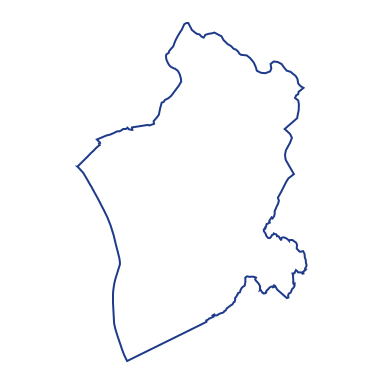 Moldova Noua, Caras-Severin, Romania
{"feature_id": "2599482B11325322412339", "entity_name": "Moldova Noua", "entity_type": "district", "adm_level": 2, "iso_a3": "ROU", "parent_name": "Romania", "parent_adm1": "Caras-Severin", "projection": "albers", "projection_center": [21.687, 44.747], "detail": "fine", "context": "isolated", "style": "outline", "palette": "blue", "viewbox_px": 384, "rotation_deg": 0, "n_neighbors": 0, "source": "geoboundaries", "source_scale": "gbopen_adm2", "svg_char_len": 5154}
<svg xmlns="http://www.w3.org/2000/svg" viewBox="0 0 384 384"><path d="M294.6,285.6L294.6,283.5L293.6,284.0L293.2,283.0L293.2,281.7L293.4,280.7L293.2,279.5L293.2,278.2L293.1,277.0L293.0,275.8L293.1,275.5L292.5,273.6L292.9,273.6L293.3,273.3L293.8,273.2L294.4,273.2L295.9,270.1L296.8,270.8L297.1,271.0L297.7,271.8L298.0,272.3L299.1,272.4L299.7,272.4L301.1,272.4L301.6,272.5L302.5,273.7L303.5,273.5L303.2,271.6L304.9,270.5L305.9,269.4L305.0,268.9L306.0,266.8L306.3,266.2L306.5,265.4L306.6,265.1L306.2,263.8L305.9,262.4L305.8,261.1L305.7,259.7L304.8,257.5L304.8,256.5L304.7,255.6L304.6,254.7L304.4,253.7L304.3,253.3L303.0,251.1L300.9,251.7L299.5,251.6L298.5,250.4L296.7,248.6L296.8,246.8L297.1,244.8L296.5,243.6L296.2,242.7L294.3,241.4L293.3,240.7L292.6,240.1L291.5,240.0L290.6,240.0L289.1,240.1L289.1,240.6L289.1,240.8L288.2,239.8L287.1,238.9L285.9,238.1L283.6,237.3L283.1,237.4L281.8,237.7L281.1,238.3L281.2,239.0L281.4,240.4L280.8,239.6L279.7,238.2L279.3,237.4L279.0,236.7L278.0,236.2L277.7,236.2L277.0,236.2L277.0,235.8L276.8,235.4L276.4,234.5L276.2,234.4L274.8,234.0L273.8,233.4L273.3,234.4L271.8,235.3L271.0,237.0L270.0,237.8L269.9,238.0L269.3,238.1L267.8,237.7L266.7,236.3L266.1,235.5L265.7,233.9L264.8,232.5L264.0,231.4L263.8,230.3L263.8,229.4L264.9,229.0L265.4,228.4L265.1,227.3L265.9,226.9L266.3,225.7L266.4,224.4L266.7,224.0L267.6,223.8L268.7,223.0L269.8,222.6L269.2,221.0L271.6,217.4L272.6,218.4L274.2,216.0L274.7,213.8L274.7,210.9L275.6,209.1L276.7,206.4L278.0,203.9L278.9,200.8L277.9,197.7L281.2,191.8L286.3,181.7L288.4,178.4L293.9,174.1L286.4,161.1L285.6,159.5L285.0,155.0L285.9,150.3L290.0,142.8L291.9,137.9L290.1,134.0L284.7,129.0L297.2,118.1L297.5,116.1L297.9,114.0L298.3,112.0L298.7,110.1L298.9,104.4L298.2,100.4L295.0,98.0L296.2,95.3L298.2,94.2L298.6,91.8L301.5,89.5L303.5,87.9L300.6,86.2L298.2,83.5L297.5,79.1L295.8,76.1L290.5,71.8L286.6,70.6L285.3,69.0L284.0,67.4L282.8,65.8L281.7,64.1L277.7,62.0L273.7,61.5L270.6,64.0L271.3,68.6L270.1,71.4L265.3,73.2L261.0,72.8L256.8,70.7L256.3,68.8L255.7,66.9L254.9,65.1L254.1,63.3L253.6,62.3L250.1,58.1L246.7,55.4L241.0,54.8L239.4,53.7L238.8,52.6L238.0,51.5L237.1,50.6L236.1,49.7L233.5,48.7L231.1,46.1L227.6,44.1L223.5,40.0L221.5,36.3L214.4,32.6L213.0,33.0L211.6,33.4L210.1,33.6L208.6,33.8L205.4,34.8L203.7,37.6L201.6,36.7L199.5,34.4L197.2,34.0L195.8,33.1L194.5,32.1L193.2,31.0L191.9,30.0L188.3,23.0L186.2,23.1L184.2,24.3L181.8,29.7L180.2,32.0L178.7,34.5L177.3,36.9L176.0,39.4L175.2,41.1L174.5,42.8L173.9,44.6L173.3,46.3L169.4,50.7L168.6,53.0L166.6,54.2L165.9,55.8L166.4,59.6L167.1,61.2L167.9,62.9L168.8,64.5L169.9,66.0L171.0,66.9L172.3,67.6L173.6,68.2L175.0,68.7L177.8,70.8L179.7,74.2L180.9,78.5L181.2,81.6L178.8,85.7L171.3,95.7L168.6,98.1L164.9,100.0L163.6,102.0L161.7,102.6L160.9,105.6L160.1,108.5L159.5,111.5L158.9,114.6L157.7,116.3L156.4,118.0L155.0,119.6L153.6,121.2L154.1,123.8L149.2,125.5L148.0,124.9L132.0,127.4L132.3,129.9L131.4,129.8L130.5,129.6L129.6,129.4L128.7,129.2L127.5,127.7L126.7,128.4L125.9,129.0L123.1,129.0L122.4,129.6L121.6,130.1L120.9,130.6L120.0,131.0L119.2,131.3L117.2,131.3L113.0,133.4L112.8,133.5L112.1,133.7L110.9,134.3L110.1,134.6L109.8,134.7L106.7,135.4L98.3,138.9L96.9,139.5L99.6,142.3L99.8,142.3L100.1,143.0L99.0,143.7L99.7,145.1L99.0,145.5L97.1,147.1L95.3,148.8L94.2,150.1L90.9,153.1L88.0,156.2L77.5,166.6L77.4,166.6L78.3,167.4L83.2,172.8L87.6,180.2L90.5,185.4L90.8,185.6L93.9,191.4L98.0,198.8L101.8,206.2L104.2,210.8L107.3,217.2L110.4,224.9L113.6,235.1L116.1,245.5L117.6,251.2L119.4,258.4L119.9,262.2L119.9,264.5L116.7,274.7L116.3,276.1L115.4,278.8L114.2,283.9L113.2,290.8L113.0,294.2L113.0,302.6L114.1,323.3L115.4,329.2L117.7,336.6L120.1,343.6L121.8,348.7L123.9,354.4L126.5,359.9L127.1,361.0L205.6,322.3L206.5,321.8L206.2,320.5L208.5,319.3L208.7,319.1L209.0,318.6L210.5,318.1L212.2,317.3L213.3,316.8L212.5,315.5L214.3,314.5L214.8,315.6L215.9,315.3L216.6,315.3L217.2,315.3L217.9,314.7L218.6,314.3L219.8,313.7L220.9,313.2L222.6,312.8L223.4,312.4L223.8,312.1L224.3,311.1L225.0,310.8L225.8,310.3L226.1,309.6L226.7,308.6L226.8,308.3L227.5,307.9L228.3,307.2L229.1,306.6L230.0,306.0L230.3,305.6L230.7,305.4L231.5,305.0L232.3,304.4L232.9,303.7L233.8,302.0L234.6,301.8L234.8,301.1L235.2,299.7L235.1,298.8L235.3,297.6L236.2,296.9L236.5,296.4L237.0,295.1L237.7,294.5L237.7,294.4L237.8,293.6L238.1,293.0L239.8,292.4L240.1,292.0L240.2,291.2L240.7,289.8L241.4,288.4L242.2,287.4L242.8,286.9L244.7,285.6L245.1,283.6L245.4,281.7L245.3,277.6L247.1,276.3L249.7,276.9L251.0,276.7L252.3,276.7L253.6,276.8L254.9,277.1L256.0,277.6L255.4,278.8L255.1,279.5L256.4,281.2L257.5,282.3L258.7,283.7L259.7,285.6L259.9,285.9L260.1,287.0L259.9,287.7L260.0,288.5L260.2,289.2L259.9,290.2L260.6,289.8L261.6,291.5L262.4,292.7L263.3,293.3L263.5,293.0L264.4,293.3L265.4,293.3L265.8,293.1L266.0,291.9L266.3,291.8L266.2,291.3L266.5,290.8L266.9,290.3L267.7,289.8L269.4,287.7L270.7,286.9L272.5,286.4L272.9,287.3L273.8,287.1L274.2,285.4L275.1,285.9L277.2,289.6L286.9,298.1L288.4,297.5L288.3,297.0L288.2,296.5L288.2,296.0L288.2,295.5L288.3,295.0L288.4,294.5L288.6,294.0L288.8,293.6L290.6,292.7L292.1,289.1L292.9,288.4L293.6,287.5L294.2,286.6L294.6,285.6Z" fill="none" stroke="#1e3a8a" stroke-width="2"/></svg>